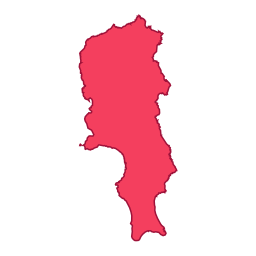 outline of Nossa Senhora Das Dores, Sal, Cabo Verde
{"feature_id": "66160863B51777192933696", "entity_name": "Nossa Senhora Das Dores", "entity_type": "district", "adm_level": 2, "iso_a3": "CPV", "parent_name": "Cabo Verde", "parent_adm1": "Sal", "projection": "albers", "projection_center": [-22.934, 16.721], "detail": "fine", "context": "isolated", "style": "filled", "palette": "rose", "viewbox_px": 256, "rotation_deg": 0, "n_neighbors": 0, "source": "geoboundaries", "source_scale": "gbopen_adm2", "svg_char_len": 5743}
<svg xmlns="http://www.w3.org/2000/svg" viewBox="0 0 256 256"><path d="M150.6,26.5L150.1,26.9L149.7,26.4L148.6,26.4L148.9,27.3L148.3,26.8L147.8,27.4L148.2,27.9L147.6,27.6L147.1,28.0L146.1,27.3L145.0,25.3L145.5,21.2L144.6,20.6L144.6,19.8L142.9,18.5L141.9,18.1L141.8,18.5L140.8,18.6L139.9,16.9L140.4,17.0L140.1,16.2L139.0,15.4L138.9,16.1L137.3,16.2L137.6,17.2L136.6,17.9L136.5,19.2L136.2,19.1L135.7,20.2L135.3,20.2L135.5,20.6L134.5,21.8L132.8,22.1L131.9,22.9L131.0,22.9L130.9,23.2L130.2,23.3L130.3,23.7L130.0,23.4L128.8,24.0L128.3,23.6L127.6,24.3L126.8,24.3L125.2,26.1L123.4,26.5L121.4,28.2L120.3,27.7L120.5,27.4L119.8,27.9L119.0,27.5L118.3,27.8L118.3,27.4L117.1,27.4L116.7,26.8L115.9,27.2L114.3,25.7L114.4,24.7L113.7,24.4L111.2,28.2L110.0,29.1L108.6,29.5L108.0,30.4L107.2,30.6L106.9,31.7L105.0,32.8L101.8,34.1L101.7,33.7L101.2,34.2L100.3,34.1L99.0,35.2L97.4,35.5L97.3,36.0L94.6,36.5L93.8,36.2L93.3,36.6L93.1,36.2L91.6,36.7L90.3,38.2L87.9,39.3L87.9,39.6L87.5,39.4L86.1,41.3L85.7,42.3L86.0,45.1L85.1,45.7L84.4,48.3L80.4,52.2L80.1,52.7L80.5,53.3L79.8,53.7L80.1,54.7L80.6,55.0L80.1,55.9L80.8,56.9L80.4,57.6L80.9,60.8L80.6,62.8L81.2,62.8L79.7,63.9L79.3,67.0L80.7,70.6L80.5,72.4L81.2,72.9L80.9,73.3L81.4,73.4L81.8,75.0L81.3,75.9L81.6,76.3L81.3,77.8L82.4,80.2L82.9,80.2L83.5,81.6L83.7,84.1L85.0,85.4L86.0,85.7L84.8,85.8L85.1,86.3L84.1,86.6L83.9,87.9L82.7,88.0L82.6,88.8L82.1,88.9L82.2,89.8L82.5,89.8L82.3,91.1L82.7,92.3L83.3,92.5L82.8,92.8L83.3,93.1L83.3,95.4L83.8,96.5L85.1,97.7L84.9,98.5L85.9,98.9L86.1,99.3L87.6,99.5L89.1,100.9L88.6,99.1L90.2,97.9L91.9,99.3L92.5,101.0L92.5,105.3L91.1,106.4L91.2,107.6L89.7,108.0L89.2,108.7L89.9,109.9L91.7,111.2L91.5,112.4L90.8,113.0L88.8,112.8L88.4,113.7L87.7,113.9L85.3,116.7L84.7,118.9L85.2,121.0L86.8,123.7L88.0,128.2L91.6,130.2L93.8,134.6L92.9,136.1L89.8,135.9L88.8,136.2L87.3,138.0L87.0,140.1L85.5,141.4L85.1,143.8L83.1,145.4L83.8,145.4L84.5,146.0L85.3,148.2L85.0,148.8L85.4,149.3L87.3,148.6L88.3,149.4L90.7,149.9L91.0,149.3L92.6,149.2L94.3,148.0L97.3,147.0L98.5,145.1L99.0,144.9L103.7,145.8L104.5,145.6L105.6,146.2L106.3,146.0L108.0,147.0L108.3,146.7L110.7,147.0L112.2,148.2L113.0,147.8L115.5,148.4L118.8,150.6L119.6,151.6L120.3,151.8L122.4,153.8L122.3,154.2L122.9,154.4L124.4,158.4L124.1,158.7L124.5,159.7L124.6,162.2L125.1,163.1L125.4,162.5L126.1,163.1L125.9,163.8L125.2,163.8L125.7,165.3L125.5,167.3L126.0,167.3L126.3,168.6L126.0,169.2L125.2,169.3L125.1,172.0L123.8,174.7L124.3,175.6L124.0,176.4L122.3,178.2L121.7,178.3L121.5,179.9L119.3,181.3L119.3,181.8L118.7,181.8L118.8,182.5L116.3,183.0L115.5,184.3L115.7,185.0L117.6,185.1L118.2,185.9L117.8,187.0L118.1,187.5L116.8,188.1L117.8,190.4L117.7,191.4L117.5,191.6L117.2,191.6L118.4,191.9L119.0,192.6L118.8,193.0L119.3,193.7L119.1,195.5L122.5,198.4L123.6,198.4L124.9,200.1L126.2,201.0L129.6,207.6L131.0,211.8L131.8,215.7L131.7,221.0L130.6,223.6L132.3,225.4L132.4,226.1L132.0,228.4L132.3,231.6L131.7,236.5L132.2,238.0L133.5,239.6L134.9,240.5L136.2,240.6L138.3,240.4L139.4,239.7L140.9,236.5L142.6,234.3L145.4,231.9L148.0,230.8L148.5,231.2L148.6,230.8L150.7,230.8L151.6,231.6L153.9,232.2L155.6,231.8L158.9,232.4L160.7,234.4L163.1,235.6L165.2,234.9L166.0,233.3L165.4,231.8L164.2,231.6L164.1,231.0L164.3,230.6L164.7,230.8L164.7,230.2L163.4,229.5L163.6,228.7L164.3,228.4L163.9,227.3L161.6,225.4L160.5,223.9L157.5,218.4L155.6,213.8L154.8,210.3L155.0,206.9L154.5,205.2L154.2,200.9L155.3,196.8L155.9,196.1L156.6,196.4L156.6,195.2L157.6,194.7L157.9,195.0L157.6,194.6L158.6,193.9L158.8,193.0L160.5,193.2L161.5,192.3L162.7,192.4L163.2,192.0L164.7,192.6L164.7,191.9L165.3,191.7L165.0,191.2L166.0,190.8L164.8,188.9L165.0,185.8L164.5,184.3L164.7,182.9L166.5,181.0L167.4,180.6L167.4,180.0L168.5,178.5L168.5,178.8L168.7,178.5L168.4,178.3L168.9,177.2L169.5,177.1L168.9,177.0L169.3,176.4L169.0,175.9L169.6,175.7L169.6,175.3L170.4,175.3L170.4,174.4L170.8,173.8L172.4,173.4L172.4,173.0L172.7,173.2L173.0,172.6L174.7,172.4L175.9,170.8L176.7,170.6L176.3,169.3L175.1,167.4L175.3,167.1L173.2,164.4L172.8,162.0L172.2,161.8L171.6,160.9L172.2,160.0L171.0,159.5L171.1,158.7L170.4,158.9L170.0,158.4L170.6,156.4L170.2,155.3L169.8,155.5L169.9,155.1L169.4,155.2L169.0,154.5L169.4,153.6L170.3,153.2L170.4,152.4L170.7,152.2L170.7,151.2L170.2,150.7L170.7,150.0L169.9,149.3L170.3,147.8L168.9,146.5L169.1,145.6L168.3,145.5L166.6,144.0L161.3,135.9L161.5,135.3L160.9,135.3L160.5,130.2L159.8,129.5L159.3,128.0L160.2,127.1L159.8,126.6L160.2,126.4L159.5,126.4L158.9,125.9L159.2,124.2L157.4,123.0L157.3,122.3L157.7,122.0L157.1,121.4L157.5,120.5L157.1,120.7L156.5,120.2L156.4,119.1L155.1,117.3L155.4,116.3L155.9,116.5L157.4,115.0L158.9,114.6L159.6,113.1L159.4,109.4L158.1,107.6L158.2,105.8L156.9,104.7L157.5,103.3L155.4,102.5L155.2,102.1L155.4,101.4L156.7,100.6L156.8,99.7L157.4,99.4L158.1,98.0L157.8,97.1L158.2,95.0L159.6,93.5L161.3,93.2L161.7,93.6L162.5,93.1L161.9,93.8L162.7,93.0L164.8,95.0L165.5,94.5L166.5,94.9L167.5,94.2L166.9,92.8L167.6,91.9L169.0,87.2L170.5,85.5L169.8,83.7L167.6,81.4L166.3,81.3L166.8,80.7L166.3,80.5L166.2,79.8L165.8,79.8L165.5,80.5L164.6,80.4L164.1,79.2L163.9,76.6L164.2,76.4L162.1,73.4L161.2,73.4L160.9,70.3L158.4,65.7L158.5,62.7L157.2,62.4L156.9,61.3L156.4,61.2L156.2,61.6L155.7,61.0L154.6,60.8L153.4,61.0L153.4,59.4L152.3,57.3L153.4,56.7L153.4,54.9L154.5,53.4L156.5,51.6L157.0,45.7L157.5,44.7L157.9,44.7L157.5,44.5L158.6,44.7L158.9,43.7L159.3,44.5L159.6,44.5L159.9,44.1L159.6,43.9L160.9,43.4L160.0,43.0L160.8,41.9L160.8,41.1L160.3,40.9L161.8,39.5L161.2,38.7L161.6,38.6L161.6,37.7L161.1,37.6L160.8,36.1L162.9,33.6L162.1,33.0L160.9,33.3L159.8,31.5L159.2,31.9L158.8,31.5L158.9,32.1L158.0,32.4L153.2,30.3L151.9,30.1L150.6,28.7L150.6,26.5ZM80.4,144.2L80.1,144.4L79.8,145.5L80.2,145.5L79.8,146.0L81.1,144.9L80.4,144.2Z" fill="#f43f5e" stroke="#9f1239" stroke-width="1.5"/></svg>